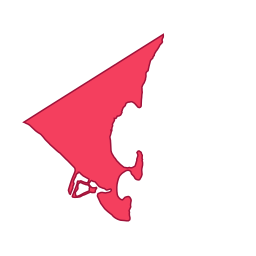 the district of Teliu, Palau, rotated 320°
{"feature_id": "81905179B53694522517045", "entity_name": "Teliu", "entity_type": "district", "adm_level": 2, "iso_a3": "PLW", "parent_name": "Palau", "parent_adm1": "", "projection": "mercator", "projection_center": [134.229, 6.987], "detail": "fine", "context": "isolated", "style": "filled", "palette": "rose", "viewbox_px": 256, "rotation_deg": 320, "n_neighbors": 0, "source": "geoboundaries", "source_scale": "gbopen_adm2", "svg_char_len": 4280}
<svg xmlns="http://www.w3.org/2000/svg" viewBox="0 0 256 256"><g transform="rotate(320 128 128)"><path d="M72.9,59.4L51.9,56.6L52.6,57.9L52.9,58.8L53.8,60.5L54.1,61.4L54.5,62.6L55.4,70.5L55.7,71.9L56.3,74.1L56.9,75.8L57.2,77.1L57.3,80.1L57.2,83.6L57.3,85.0L57.7,89.5L57.7,90.6L58.1,93.4L58.9,99.4L59.4,102.1L59.8,103.3L60.5,112.1L60.8,114.1L61.3,121.1L61.5,123.5L61.4,124.8L60.4,126.4L59.5,127.2L58.3,127.9L52.4,131.0L50.3,132.2L46.5,134.6L42.7,137.1L42.2,137.6L41.1,140.3L40.9,140.9L41.3,141.7L42.0,141.3L43.3,140.5L47.0,138.6L47.6,138.0L48.3,137.3L49.7,136.6L50.9,135.9L51.4,134.4L51.9,133.8L52.9,133.2L54.0,132.6L56.8,131.5L57.5,131.0L59.0,130.1L60.5,130.5L61.5,129.9L62.3,130.8L62.4,132.8L62.9,135.9L65.2,141.9L64.8,142.6L62.7,143.7L61.5,143.9L60.5,142.7L59.7,141.5L58.9,140.0L58.0,138.2L57.2,137.8L56.4,137.3L55.4,136.4L54.4,136.8L53.6,137.5L53.6,138.4L54.1,138.9L55.7,138.8L56.8,139.4L57.9,141.9L58.8,143.3L59.5,144.6L60.3,145.2L60.8,146.3L60.8,147.4L60.8,148.6L59.7,149.2L58.2,150.9L57.4,151.1L56.2,150.7L52.6,149.6L48.1,148.7L46.7,148.3L45.2,147.7L44.7,147.0L44.6,145.9L45.2,145.0L46.1,143.5L50.2,142.5L50.8,142.1L51.9,140.6L53.3,139.3L53.2,138.7L52.7,138.3L41.4,144.5L41.2,145.2L42.3,146.6L43.3,147.4L44.6,148.4L46.7,149.7L47.4,150.0L50.1,150.5L51.8,151.2L58.0,152.9L58.6,153.7L58.9,154.4L59.6,154.8L60.5,155.7L61.2,156.0L62.0,155.7L62.7,155.0L63.3,154.6L65.4,153.9L65.5,153.1L64.5,152.7L63.8,152.2L62.5,151.1L61.9,150.0L61.7,147.7L61.9,145.8L62.9,145.2L64.8,144.8L65.6,144.7L66.4,144.9L66.7,145.6L66.9,146.4L68.1,147.9L68.2,148.7L68.2,151.4L68.2,153.2L68.3,154.3L68.6,155.1L70.2,158.2L70.7,158.7L71.1,159.3L71.4,161.1L71.9,161.9L74.7,163.1L75.5,163.6L75.6,164.4L75.0,165.1L74.2,165.3L73.2,165.3L72.2,165.0L70.5,164.0L68.9,163.2L66.9,160.8L65.7,159.9L64.0,159.4L63.2,159.1L62.5,159.1L61.3,160.0L60.8,160.6L58.7,168.2L58.3,174.2L58.3,175.2L58.5,176.7L58.8,178.9L59.5,182.3L59.9,184.1L59.9,186.0L60.2,187.8L60.7,189.4L61.5,191.3L62.6,193.2L63.2,194.0L65.8,196.6L67.3,198.2L68.0,198.8L68.6,199.3L69.2,199.4L70.4,199.4L71.0,198.9L71.7,198.2L72.9,195.9L73.9,194.5L75.0,193.5L75.7,192.0L79.4,190.2L80.2,188.9L81.0,188.0L82.1,187.0L82.8,186.4L83.6,185.8L84.4,184.6L84.7,183.3L84.8,182.1L84.5,181.0L83.5,180.2L81.3,179.2L78.7,179.4L77.7,179.6L76.8,178.5L76.4,177.4L76.2,175.4L76.4,173.5L77.1,171.9L78.1,170.4L78.6,169.6L79.5,168.4L81.4,166.1L83.4,164.1L85.8,162.2L88.0,160.7L89.7,159.8L90.6,159.4L91.5,159.2L93.6,158.9L94.7,158.9L95.8,159.0L98.3,159.3L99.4,159.6L100.1,159.9L100.9,160.5L101.5,161.1L101.9,162.0L102.1,163.0L101.9,163.8L101.5,164.6L101.2,165.4L101.3,167.2L101.4,168.9L101.0,171.2L101.2,172.5L101.6,173.2L102.1,173.9L103.0,174.8L103.9,175.0L106.8,173.9L107.7,173.4L109.0,172.5L111.4,169.1L112.5,168.0L115.3,165.8L116.7,164.2L117.2,163.5L117.8,162.1L118.9,161.4L119.2,160.4L120.3,159.2L121.4,158.1L121.6,157.3L121.7,156.7L122.4,155.1L121.8,152.8L121.0,152.2L119.8,152.4L119.1,152.5L118.5,154.5L118.1,155.2L117.5,155.8L114.7,157.5L114.0,158.4L112.4,159.5L109.8,161.2L108.8,161.7L106.7,161.3L105.4,160.9L104.5,160.3L104.1,159.7L103.7,159.1L101.9,158.2L101.2,157.3L99.6,155.5L98.7,151.0L98.4,146.7L98.3,146.0L98.6,143.3L98.6,141.2L99.2,137.6L99.4,136.7L100.0,135.3L100.5,134.3L104.6,128.9L106.0,127.0L106.7,126.1L107.2,125.1L108.4,123.1L109.8,122.3L111.4,121.2L113.0,119.9L113.5,118.8L114.0,119.5L115.0,118.3L116.2,117.2L117.6,116.5L118.5,115.1L119.6,114.6L121.9,113.7L122.5,113.4L123.7,111.8L124.7,112.8L125.5,112.8L127.4,112.0L128.1,112.5L129.0,113.0L130.6,113.3L131.6,113.0L133.5,112.1L133.8,111.2L134.6,111.0L135.3,110.4L137.5,109.3L140.2,109.1L142.4,107.8L143.6,108.0L144.7,108.3L145.5,108.9L146.4,109.4L147.3,109.8L148.1,110.8L148.9,113.2L149.0,116.4L149.0,117.4L149.0,118.3L149.5,119.3L150.0,119.8L150.8,120.0L151.6,119.9L152.2,119.6L156.5,114.9L158.3,113.2L159.3,112.1L160.1,111.3L161.8,109.8L163.2,107.8L163.7,107.3L164.9,105.6L166.6,104.7L168.0,104.1L169.3,103.8L172.5,102.1L173.6,101.0L174.5,100.4L175.3,99.6L176.1,98.5L177.3,97.3L178.8,96.9L180.2,97.0L183.9,94.1L187.4,91.6L188.6,90.8L189.3,90.6L191.8,90.4L193.2,89.5L194.7,89.3L195.2,88.7L196.3,88.1L199.2,87.1L200.5,86.9L203.8,85.8L205.8,84.9L208.7,84.6L209.7,84.2L210.5,82.7L211.1,82.1L211.8,81.7L213.4,81.0L214.3,80.1L215.1,79.0L72.9,59.4Z" fill="#f43f5e" stroke="#9f1239" stroke-width="1.5"/></g></svg>